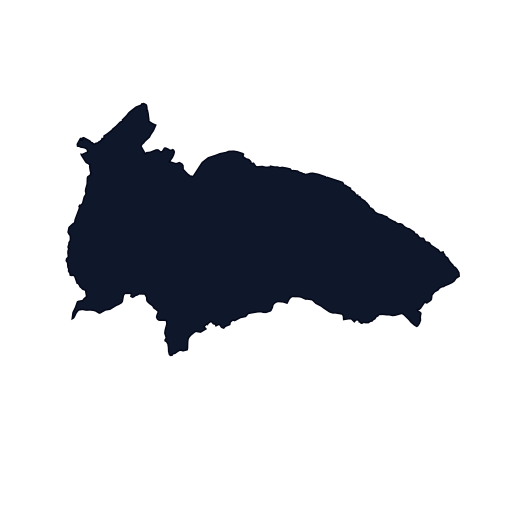 outline of Dambovicioara, Arges, Romania, rotated 105°
{"feature_id": "2599482B9633090752997", "entity_name": "Dambovicioara", "entity_type": "district", "adm_level": 2, "iso_a3": "ROU", "parent_name": "Romania", "parent_adm1": "Arges", "projection": "equal_earth", "projection_center": [25.229, 45.461], "detail": "fine", "context": "isolated", "style": "filled", "palette": "ink", "viewbox_px": 512, "rotation_deg": 105, "n_neighbors": 0, "source": "geoboundaries", "source_scale": "gbopen_adm2", "svg_char_len": 6110}
<svg xmlns="http://www.w3.org/2000/svg" viewBox="0 0 512 512"><g transform="rotate(105 256 256)"><path d="M364.2,417.3L363.2,416.3L361.9,415.8L357.5,415.0L354.5,413.7L353.8,412.8L352.5,409.9L352.2,406.0L351.0,402.2L350.6,399.6L350.5,396.9L351.7,392.8L351.6,392.1L347.1,387.5L345.2,383.3L339.8,378.2L338.2,376.1L335.8,373.8L334.2,373.4L328.4,373.9L326.8,373.4L326.0,372.8L324.5,367.4L325.5,366.4L327.4,366.4L327.8,364.5L326.8,363.3L325.1,362.1L324.7,361.0L322.8,359.0L321.5,353.5L324.2,350.9L326.6,350.2L327.9,349.3L329.4,346.6L330.8,342.9L332.6,341.2L333.4,338.8L334.8,336.1L335.6,335.9L339.0,336.3L340.8,336.2L342.5,334.8L343.1,333.0L341.5,326.6L341.8,325.7L344.7,324.5L351.2,324.5L354.1,324.1L358.4,321.4L360.5,322.1L361.4,321.9L361.9,320.2L363.7,318.3L366.6,317.0L371.3,315.5L371.9,314.8L373.0,314.6L374.2,313.1L373.6,311.4L372.5,311.5L370.8,308.9L368.4,307.0L366.8,305.3L366.4,303.8L366.5,302.0L364.4,298.2L362.7,298.3L356.5,299.8L354.0,300.1L352.0,299.8L349.4,298.6L345.2,295.6L344.3,294.4L343.9,289.9L339.4,285.5L337.7,288.0L334.7,286.2L334.8,285.1L333.5,284.9L330.8,282.6L330.8,281.7L331.3,281.4L332.5,279.6L332.4,277.6L333.8,276.6L332.0,274.7L331.6,273.2L333.6,271.1L333.9,270.0L334.0,268.5L332.3,267.7L331.3,266.7L329.0,263.6L326.6,263.8L324.4,262.3L323.9,261.6L323.9,259.8L319.6,255.3L317.1,250.4L313.5,248.7L309.4,239.8L308.4,236.4L308.5,234.5L307.9,231.8L305.3,227.9L304.7,227.5L301.6,226.9L298.6,227.0L296.6,225.9L294.8,224.1L294.2,222.7L293.3,217.9L293.5,213.8L289.5,213.0L287.4,212.1L285.8,210.7L284.1,203.9L284.0,201.6L284.8,196.9L284.2,195.0L283.7,190.3L286.2,185.9L287.5,179.8L288.5,177.6L290.9,170.5L291.1,167.0L290.4,164.7L289.8,158.0L290.4,156.9L291.5,156.0L294.7,154.9L292.8,150.7L292.1,148.3L292.1,147.4L294.1,144.0L292.3,143.1L291.3,141.9L291.5,141.2L291.4,140.4L292.2,139.5L292.9,139.3L292.9,138.2L293.6,137.2L293.6,136.3L292.1,134.9L292.1,133.1L291.3,130.2L289.6,128.8L288.7,127.0L287.3,126.4L285.8,124.9L283.4,124.2L282.5,122.9L281.1,122.4L280.6,121.8L279.5,118.4L278.8,114.0L278.3,112.4L278.1,108.5L277.1,106.1L273.8,100.5L273.8,99.7L274.4,97.8L277.7,91.9L279.7,89.2L281.7,85.0L282.4,82.5L281.5,81.7L278.7,80.8L275.5,80.5L272.1,81.6L268.6,81.9L267.8,83.3L267.4,85.2L266.8,86.0L266.1,86.1L265.2,84.5L263.9,83.6L256.3,80.9L256.1,80.4L257.2,79.6L257.1,78.8L253.6,75.8L252.1,75.4L248.2,76.0L244.4,74.3L241.8,71.5L239.8,70.7L238.6,69.6L237.7,68.6L237.0,67.0L235.2,65.2L233.8,63.2L230.9,59.8L228.8,58.1L225.8,57.1L223.0,54.5L219.6,55.7L216.8,58.6L215.5,60.5L215.1,62.4L213.6,63.8L212.8,65.4L210.7,68.2L208.3,70.4L207.3,73.4L206.2,73.9L204.7,75.7L203.6,76.3L204.8,78.4L204.7,79.4L202.8,81.8L202.4,83.8L201.9,84.9L200.5,89.3L200.0,90.3L198.5,91.8L198.2,93.2L198.5,95.5L198.0,96.6L196.4,97.9L195.6,98.9L196.2,101.7L195.8,103.1L193.5,106.0L193.5,108.4L192.1,109.2L191.4,110.9L191.3,111.6L190.1,114.9L190.2,116.9L189.7,119.2L189.0,120.9L187.7,122.9L187.5,124.9L188.2,127.3L187.5,129.8L187.0,130.5L186.9,132.3L185.6,137.9L184.3,139.8L184.2,142.2L183.7,144.9L183.8,148.8L183.0,152.2L180.5,155.4L180.7,156.2L180.1,156.7L179.9,158.9L178.6,159.5L176.3,162.5L175.6,164.1L174.9,164.8L173.4,169.5L172.0,170.9L172.2,171.6L171.8,172.1L172.2,172.8L171.9,173.3L170.9,173.6L171.3,174.3L171.2,175.1L169.1,177.5L167.8,181.3L167.3,181.9L166.1,182.3L165.3,186.2L164.6,187.7L164.9,189.1L162.5,191.4L161.6,207.8L162.7,209.2L161.5,209.6L161.0,216.9L161.4,222.8L162.2,225.1L163.3,226.8L164.6,229.5L164.2,230.8L164.5,232.2L164.0,232.9L163.9,236.1L163.2,237.8L163.8,242.0L164.4,243.3L164.4,243.8L163.1,245.4L163.2,249.3L163.6,253.6L164.6,255.9L164.5,258.3L165.3,261.2L165.5,265.3L167.0,265.3L166.7,266.4L167.8,269.3L167.9,273.1L169.7,278.2L169.5,279.5L167.0,282.4L167.7,283.7L167.7,284.6L166.1,285.6L164.7,287.9L164.7,291.0L164.1,292.1L164.1,293.1L163.5,293.6L163.3,294.5L160.9,294.4L160.5,295.3L160.2,300.7L160.5,304.5L162.0,309.4L163.7,311.6L166.6,317.4L169.4,321.2L173.5,327.5L179.6,332.1L195.0,337.1L195.6,337.6L195.6,339.0L196.0,339.7L194.6,343.3L191.2,348.8L187.6,349.9L186.3,351.4L185.6,354.1L187.6,357.1L187.3,364.1L182.4,362.3L179.3,361.8L176.7,361.8L175.2,362.9L174.8,364.0L175.7,365.0L176.1,366.1L176.1,367.1L175.7,367.8L175.1,371.1L175.3,372.0L175.7,372.4L178.8,373.3L179.8,374.1L180.2,375.3L179.0,377.7L178.9,378.3L179.5,379.4L179.3,379.8L183.2,385.0L184.5,388.4L186.0,389.4L179.7,395.6L177.3,394.9L175.6,393.7L174.1,393.2L168.8,389.8L165.7,389.1L161.4,387.6L155.5,386.7L155.0,390.2L153.6,394.6L152.5,394.6L146.1,397.2L143.5,398.5L143.8,399.1L143.0,399.0L141.7,399.9L141.3,399.6L138.8,400.8L138.3,401.5L137.8,404.0L138.4,404.8L138.5,405.6L140.0,406.0L143.2,410.4L149.3,415.0L150.9,416.0L154.1,417.3L159.0,420.2L160.6,419.9L161.8,421.8L166.9,424.6L170.6,427.3L171.7,427.6L177.1,431.7L179.3,433.8L181.2,433.5L182.1,433.6L182.4,435.1L184.0,435.1L184.7,435.8L185.4,435.9L186.1,437.1L187.5,437.8L188.7,440.0L189.4,440.3L189.6,440.8L189.7,442.2L190.0,442.3L189.0,443.2L189.2,444.6L188.4,445.4L187.8,446.6L186.3,453.0L187.0,454.2L187.3,454.3L187.6,453.3L187.9,453.3L189.3,454.4L189.4,454.7L188.8,455.2L188.0,455.5L187.8,455.7L188.0,456.0L193.8,457.5L194.6,457.5L196.1,456.8L195.8,455.1L196.2,453.4L195.8,450.0L196.3,447.3L197.9,445.8L199.2,445.6L203.0,450.2L203.0,451.2L203.7,450.8L209.1,444.9L209.7,444.0L210.1,441.9L210.5,441.2L210.5,440.2L212.7,439.8L214.8,438.9L217.6,437.6L218.1,436.8L219.4,437.1L220.4,436.8L223.1,439.0L224.2,439.1L230.2,437.7L235.2,437.8L237.5,437.5L239.2,436.5L240.6,436.3L243.5,437.2L249.9,437.1L252.0,438.0L252.6,439.5L254.1,439.7L254.3,439.1L256.4,439.0L267.9,440.1L270.4,439.8L271.3,440.2L272.7,441.5L276.8,444.0L281.6,443.7L283.2,442.3L284.4,440.7L287.4,439.7L289.2,439.4L291.4,440.1L293.4,439.7L295.7,439.9L297.3,439.3L296.3,439.4L297.6,438.5L299.1,438.9L301.3,438.6L304.6,437.3L305.8,437.1L307.6,438.2L309.7,438.1L311.2,436.3L315.4,434.8L317.3,433.4L319.0,433.2L321.1,431.0L322.5,430.6L322.6,429.7L321.9,427.3L322.4,425.9L328.6,421.7L328.5,420.9L329.6,419.1L330.2,418.9L331.4,417.7L331.7,416.8L332.9,414.9L333.2,411.8L339.0,409.1L341.8,411.0L343.9,411.8L345.8,415.8L346.5,416.6L352.3,417.0L357.9,418.1L364.2,417.3Z" fill="#0f172a" stroke="#020617" stroke-width="1.5"/></g></svg>